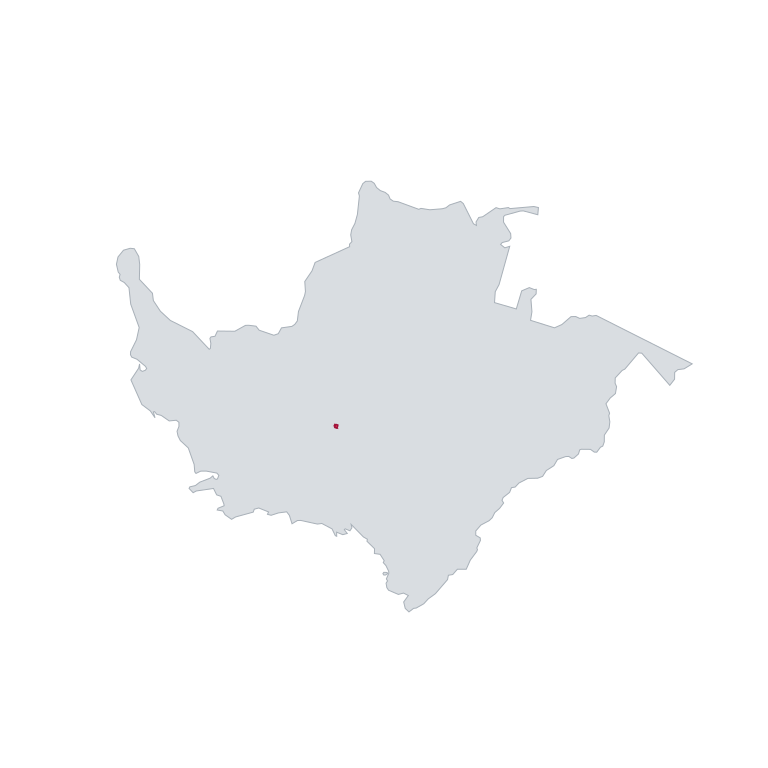 Quebradanegra, Cundinamarca, Colombia (highlighted), rotated 286°
{"feature_id": "7082276B19995053800747", "entity_name": "Quebradanegra", "entity_type": "district", "adm_level": 2, "iso_a3": "COL", "parent_name": "Colombia", "parent_adm1": "Cundinamarca", "projection": "orthographic", "projection_center": [-74.5, 5.107], "detail": "fine", "context": "in_parent", "style": "filled", "palette": "rose", "viewbox_px": 768, "rotation_deg": 286, "n_neighbors": 0, "source": "geoboundaries", "source_scale": "gbopen_adm2", "svg_char_len": 4658}
<svg xmlns="http://www.w3.org/2000/svg" viewBox="0 0 768 768"><g transform="rotate(286 384 384)"><path d="M439.0,113.1L431.6,116.2L417.2,120.0L407.4,136.4L400.6,139.3L392.3,149.0L386.2,161.1L381.6,185.6L369.2,206.4L370.3,207.3L375.2,206.4L379.9,204.1L381.6,204.7L383.3,208.4L389.0,209.3L393.6,226.1L402.2,234.7L403.2,238.0L404.3,245.0L401.3,249.2L400.5,264.7L403.2,268.5L409.7,270.0L414.0,279.6L416.7,281.8L420.7,283.3L430.1,281.8L447.2,283.3L451.2,283.0L460.7,279.6L472.9,283.6L481.9,284.3L506.5,313.1L508.9,312.3L512.0,313.9L518.2,310.9L523.4,310.4L530.4,311.8L539.6,311.7L558.0,308.5L560.7,306.8L570.8,308.4L573.8,310.5L575.4,315.9L574.2,319.3L570.8,322.7L568.9,327.1L568.5,332.3L566.8,336.3L563.6,338.8L562.3,342.5L563.1,347.3L561.5,369.3L563.0,371.1L564.1,380.0L568.5,391.7L570.5,395.0L574.2,397.7L580.7,407.3L579.3,410.5L562.7,425.8L561.9,429.2L565.1,427.8L570.2,429.2L572.0,432.8L584.4,443.1L584.3,447.1L587.9,455.0L587.3,456.7L595.9,479.1L596.2,483.8L589.1,485.2L588.8,470.2L587.7,467.1L579.6,453.8L577.9,452.8L572.5,454.3L563.5,464.3L559.3,465.8L556.0,464.5L552.6,458.7L550.3,457.6L548.2,462.6L551.0,466.9L511.2,467.2L503.4,465.5L492.7,467.8L492.6,490.5L511.5,490.7L516.7,497.1L516.2,502.4L517.0,504.3L512.5,505.4L505.9,501.9L494.2,506.3L485.6,507.3L485.0,532.4L490.2,538.6L500.3,545.2L501.7,549.7L501.0,554.0L503.4,559.4L506.7,562.2L506.7,565.4L508.4,569.0L488.3,674.7L481.3,668.3L478.8,662.5L475.3,660.2L468.7,662.0L461.5,659.1L484.7,623.3L484.0,620.1L464.7,611.4L462.7,609.2L453.6,604.6L448.5,605.9L445.6,608.3L438.6,609.1L432.9,605.3L426.2,602.8L418.1,608.9L415.6,608.8L409.9,611.5L403.7,612.5L395.6,609.9L389.1,611.7L384.6,611.4L382.9,609.5L377.1,607.3L376.5,604.9L378.1,600.5L375.7,591.8L374.7,590.3L370.3,590.2L365.2,587.0L364.2,585.1L365.3,581.6L364.3,578.6L359.3,571.6L352.3,569.8L345.6,563.9L338.9,561.9L335.8,557.7L332.9,548.3L326.0,541.0L321.1,538.5L319.5,535.1L314.4,534.6L307.7,529.8L304.7,529.5L302.6,531.8L296.3,529.4L290.9,525.9L285.3,524.9L281.7,522.8L275.1,516.0L268.0,512.7L263.9,513.9L262.6,518.9L260.2,519.8L252.0,518.4L250.6,519.5L248.5,519.3L238.5,515.5L228.6,514.1L226.2,505.6L219.8,502.6L217.9,498.6L213.5,499.0L196.6,491.2L189.7,485.8L183.7,482.8L177.5,476.7L176.5,474.3L171.8,470.8L174.1,466.3L179.9,463.0L187.4,465.7L188.4,460.4L185.7,455.8L187.0,445.3L189.0,442.9L193.1,440.9L195.7,441.7L197.3,440.0L203.5,440.8L205.3,440.1L210.0,435.9L212.1,432.5L214.2,432.9L219.2,427.2L218.4,421.5L223.1,420.3L228.1,411.0L230.2,410.8L231.3,406.4L240.0,391.1L236.9,392.8L233.5,391.7L234.1,386.6L233.0,386.0L230.2,389.9L227.8,385.9L228.5,379.3L224.6,380.5L224.8,379.0L230.4,374.0L232.8,362.7L231.0,358.6L229.9,341.6L228.9,338.4L224.3,334.1L231.6,329.3L234.3,325.7L231.0,318.1L226.7,311.7L226.6,307.9L229.2,308.3L230.3,297.8L227.9,293.8L224.8,293.6L215.3,278.0L211.9,274.8L214.5,267.3L217.5,264.1L216.9,258.4L218.8,258.7L222.9,263.9L224.6,263.1L231.1,258.2L231.3,253.7L236.6,248.9L229.4,233.0L226.9,230.5L229.9,225.4L231.6,225.7L234.4,230.7L238.9,234.0L245.6,242.9L248.5,244.8L246.4,246.8L246.0,248.9L246.9,250.1L250.7,250.4L252.3,247.9L251.3,237.1L249.7,231.8L246.2,227.9L247.4,226.3L254.3,223.7L268.6,213.5L273.5,203.8L277.3,200.3L281.5,198.1L286.7,198.6L290.7,197.4L291.9,194.3L289.3,187.7L292.4,178.5L292.3,173.8L294.2,171.1L293.6,170.0L288.4,173.2L293.7,166.8L297.5,156.9L318.2,139.6L331.6,143.8L335.9,143.5L330.3,145.7L329.5,148.2L331.4,150.8L333.5,151.6L335.2,149.9L339.7,139.7L340.3,134.1L342.3,132.2L345.2,131.5L358.3,133.9L370.8,133.1L391.0,118.5L406.3,112.3L410.0,106.3L411.0,101.9L413.7,100.1L416.6,100.1L418.3,97.7L425.3,93.8L432.8,93.3L440.8,96.7L444.5,102.6L445.2,106.7L439.0,113.1ZM203.7,438.9L202.7,439.7L200.9,438.3L200.3,436.5L201.4,435.2L202.9,435.7L203.7,438.9Z" fill="#d9dde1" stroke="#a8b0b8" stroke-width="1"/><path d="M331.8,348.9L331.7,348.9L331.4,348.8L331.4,348.7L331.2,348.7L331.1,348.4L331.3,348.3L331.3,348.2L331.4,347.9L331.2,347.9L331.2,348.0L331.2,347.9L330.9,347.8L330.8,348.0L330.7,348.1L330.5,348.3L330.4,348.4L330.2,348.2L330.2,348.3L330.0,348.5L329.9,348.5L329.7,348.6L329.4,348.6L329.2,348.5L328.9,348.5L328.7,348.7L328.7,348.8L328.6,349.0L328.7,349.3L328.6,349.5L328.7,349.8L328.6,350.0L328.6,350.3L328.5,350.5L328.6,350.8L328.7,351.0L328.8,350.9L328.8,351.0L328.9,350.9L329.0,350.9L329.0,351.0L329.0,350.9L329.1,351.0L329.2,350.9L329.3,350.9L329.5,350.9L329.8,350.9L330.0,350.9L330.3,350.9L330.4,351.0L330.5,351.0L330.8,351.1L331.0,351.0L331.3,351.0L331.5,351.0L331.6,350.9L331.8,350.8L331.8,350.7L331.7,350.5L331.7,350.4L331.8,350.4L331.7,350.2L331.7,349.9L331.7,349.7L331.8,349.6L331.8,349.4L331.9,349.2L331.8,348.9L331.8,348.9Z" fill="#f43f5e" stroke="#9f1239" stroke-width="1.5"/></g></svg>